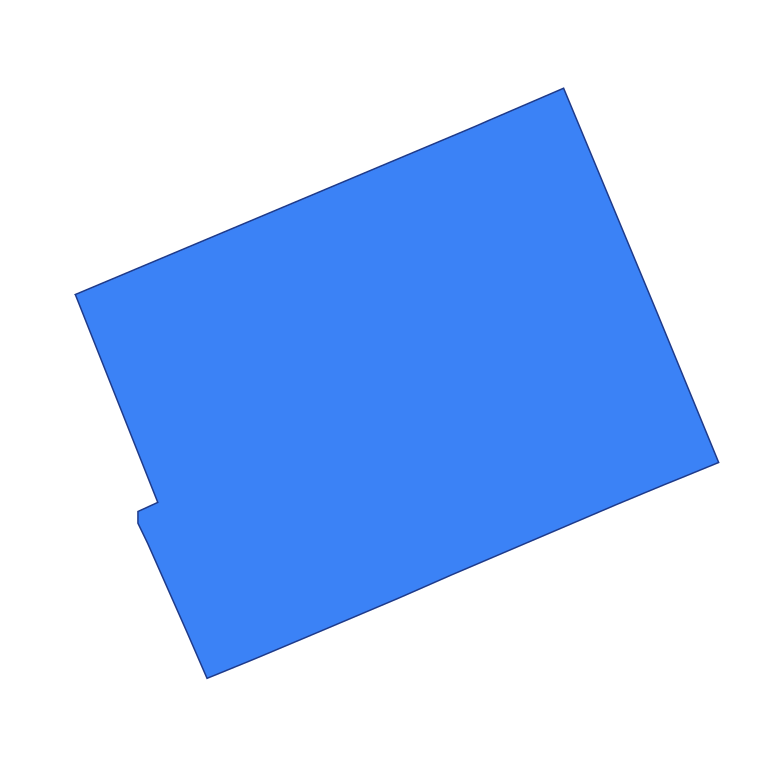 Warren, Pennsylvania, United States of America, rotated 157°
{"feature_id": "52423323B37768235748042", "entity_name": "Warren", "entity_type": "district", "adm_level": 2, "iso_a3": "USA", "parent_name": "United States of America", "parent_adm1": "Pennsylvania", "projection": "albers", "projection_center": [-79.218, 41.811], "detail": "fine", "context": "isolated", "style": "filled", "palette": "blue", "viewbox_px": 768, "rotation_deg": 157, "n_neighbors": 0, "source": "geoboundaries", "source_scale": "gbopen_adm2", "svg_char_len": 435}
<svg xmlns="http://www.w3.org/2000/svg" viewBox="0 0 768 768"><g transform="rotate(157 384 384)"><path d="M633.2,586.5L638.5,363.4L660.3,362.8L664.9,352.0L663.8,329.5L662.3,231.0L661.9,182.2L610.3,181.5L547.6,181.3L453.4,181.2L396.3,181.9L217.6,182.2L186.7,182.0L164.6,181.8L154.3,181.6L106.6,181.0L104.8,341.8L103.1,586.1L184.4,585.7L199.5,585.5L633.3,587.0L633.2,586.5Z" fill="#3b82f6" stroke="#1e3a8a" stroke-width="1.5"/></g></svg>